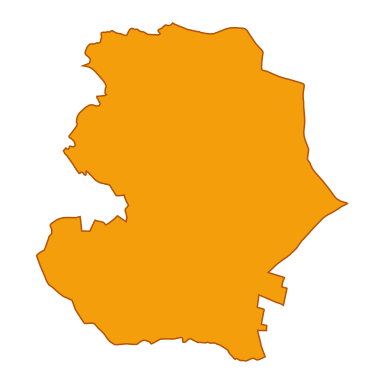 Yen Mo, Ninh Bình, Vietnam
{"feature_id": "81297802B9308814425220", "entity_name": "Yen Mo", "entity_type": "district", "adm_level": 2, "iso_a3": "VNM", "parent_name": "Vietnam", "parent_adm1": "Ninh Bình", "projection": "robinson", "projection_center": [105.992, 20.128], "detail": "fine", "context": "isolated", "style": "filled", "palette": "amber", "viewbox_px": 384, "rotation_deg": 0, "n_neighbors": 0, "source": "geoboundaries", "source_scale": "gbopen_adm2", "svg_char_len": 5802}
<svg xmlns="http://www.w3.org/2000/svg" viewBox="0 0 384 384"><path d="M49.0,284.9L52.3,287.1L58.6,292.8L63.0,296.2L72.0,300.3L75.5,309.8L83.0,321.5L84.6,323.5L87.6,323.4L91.8,323.1L94.4,323.6L95.9,325.4L98.6,328.6L100.9,330.5L104.5,334.4L107.4,338.7L110.0,341.7L114.6,344.6L117.2,344.7L126.4,343.8L129.3,344.1L133.6,344.4L136.6,344.4L137.7,343.8L139.2,342.6L141.9,340.9L143.7,340.2L145.6,340.5L149.8,342.0L150.6,343.4L151.5,343.9L152.7,343.3L160.5,339.1L166.0,338.9L174.2,339.0L179.3,337.7L181.4,337.6L182.0,337.8L182.6,338.6L182.8,341.9L183.8,342.4L185.0,342.2L186.3,341.2L188.4,339.4L190.3,338.6L193.9,340.5L197.6,342.4L201.0,342.4L203.2,342.8L204.8,342.8L205.8,342.8L207.2,342.3L207.8,342.3L208.3,342.4L209.4,342.9L210.5,343.1L214.2,343.0L214.9,343.1L215.4,343.3L216.0,343.5L217.0,344.1L218.5,344.6L219.8,344.9L227.6,350.0L228.1,350.6L228.6,351.9L229.0,352.7L230.4,354.5L232.1,356.2L233.6,358.1L234.7,359.1L235.0,359.2L235.2,359.3L235.5,359.1L235.9,358.7L236.2,358.6L236.4,358.5L236.7,358.6L240.1,360.4L240.3,360.5L241.4,360.5L244.5,360.7L246.0,361.0L246.6,360.9L250.0,359.2L251.9,358.5L252.4,358.4L253.3,358.3L253.9,358.4L254.7,358.9L256.5,359.8L257.6,359.9L258.4,359.7L259.0,359.5L261.7,358.4L265.1,356.7L262.8,350.5L260.9,345.0L260.8,343.7L258.7,335.2L258.3,333.9L257.8,331.6L257.7,330.4L260.0,330.5L266.5,330.6L266.7,325.5L261.4,324.3L261.8,321.7L263.5,312.8L264.2,309.8L264.0,309.5L263.6,309.2L262.7,308.8L260.6,308.2L257.7,307.6L257.3,307.3L258.9,294.9L276.2,302.3L277.5,302.7L280.9,303.9L283.4,305.3L287.0,288.3L281.7,286.8L282.9,281.4L283.2,280.6L283.7,279.7L284.4,277.7L283.7,277.3L277.9,275.5L268.1,272.5L277.3,263.9L283.3,259.4L285.9,257.7L287.0,257.0L289.9,254.6L293.8,251.0L296.8,247.9L299.1,244.5L301.8,240.7L303.1,239.5L314.7,226.7L318.9,222.3L320.7,220.6L322.7,218.4L325.6,216.2L328.4,214.5L331.2,213.1L336.7,209.8L342.1,206.2L344.2,205.3L347.4,203.5L347.1,203.2L346.0,202.7L342.3,201.7L340.0,200.8L338.1,199.7L337.0,199.0L335.7,197.8L334.8,196.8L330.6,191.0L327.2,186.5L322.0,180.1L314.5,171.6L312.7,169.0L311.9,167.6L310.9,165.5L309.6,162.3L308.2,160.6L307.9,160.1L307.7,159.6L307.5,159.1L307.5,158.1L308.3,152.3L308.6,150.0L308.5,148.9L308.4,148.4L307.8,147.1L305.0,139.7L304.6,138.4L304.0,135.2L303.8,133.1L303.8,131.4L304.5,124.9L304.7,121.7L304.6,117.7L303.7,106.7L303.6,101.9L303.2,98.0L303.1,95.8L303.2,92.8L303.8,88.9L304.2,86.1L304.1,84.9L303.9,84.5L303.7,84.2L303.1,83.8L302.1,83.3L300.7,82.8L288.7,79.3L285.6,78.6L283.1,77.9L278.4,76.3L271.8,73.5L267.2,71.4L266.1,71.1L262.8,70.3L262.5,70.2L262.1,69.9L261.8,69.4L261.6,68.9L261.6,66.8L261.6,65.4L261.8,61.6L262.4,56.8L262.9,53.8L263.0,52.9L262.9,52.3L262.5,51.0L262.0,50.3L257.9,46.0L255.7,43.5L250.6,36.0L247.3,30.8L246.3,29.7L245.8,29.3L244.0,28.5L243.1,28.3L235.0,27.7L230.2,27.9L227.9,28.5L226.0,29.0L223.6,29.9L220.1,31.3L214.2,33.5L213.1,33.7L210.6,33.9L209.5,33.9L205.5,33.4L204.2,33.1L201.0,32.6L199.1,31.7L196.7,31.5L191.1,30.2L189.4,29.9L187.2,29.4L182.6,27.4L180.1,26.5L174.9,24.3L172.7,23.0L171.2,24.6L170.5,25.1L169.8,25.4L168.8,25.6L167.9,25.5L166.9,25.3L166.2,25.0L165.6,25.0L165.2,25.2L164.5,25.6L163.1,26.9L162.4,27.6L161.2,28.5L159.9,29.0L158.6,29.7L158.1,30.2L158.1,30.8L158.3,31.4L158.9,32.1L159.5,32.6L159.8,33.0L160.0,33.4L160.0,33.7L159.9,34.1L159.7,34.4L158.9,34.7L157.6,34.9L156.8,34.9L155.2,34.7L153.2,34.7L149.6,34.5L148.2,34.4L147.5,34.2L146.8,33.9L144.9,32.6L143.9,32.1L143.1,31.8L141.2,31.6L140.0,31.2L139.2,30.8L137.6,29.4L137.2,29.2L136.7,29.2L135.4,29.4L134.9,29.4L134.4,29.3L132.5,28.5L131.8,28.4L131.1,28.6L130.6,28.8L130.1,29.1L129.2,30.4L128.5,31.5L127.4,34.0L127.0,34.7L126.1,35.4L125.0,35.4L124.4,35.3L120.5,33.7L118.3,33.5L115.5,32.6L113.6,31.4L113.0,31.2L112.6,30.7L112.1,30.7L111.2,30.9L109.9,31.9L108.9,32.0L107.9,31.8L106.7,31.9L105.9,32.3L105.3,32.4L103.3,32.2L102.2,32.5L101.5,32.8L101.1,33.2L101.3,35.1L101.5,36.4L101.3,38.0L100.9,39.6L100.6,41.2L100.2,42.0L99.6,42.7L98.7,43.0L96.7,42.9L95.9,43.2L95.4,43.5L94.4,43.9L93.5,44.0L92.4,43.9L90.3,44.0L89.6,44.3L87.3,46.9L85.9,50.0L85.1,52.6L85.1,53.4L86.0,54.9L88.5,57.0L90.2,58.9L90.1,61.2L89.8,62.4L89.3,63.2L88.5,63.7L86.7,64.3L82.9,65.8L85.1,66.1L88.2,66.9L89.8,67.4L91.3,68.3L93.4,69.7L95.6,71.9L103.6,81.1L105.0,83.2L106.1,86.0L106.1,87.0L105.4,88.3L105.1,91.2L105.2,93.6L106.6,94.7L105.2,95.4L103.0,95.8L100.7,96.0L96.8,96.4L97.0,97.9L97.9,99.0L98.9,101.5L100.3,103.6L99.9,104.5L99.2,105.6L98.0,105.9L96.4,106.0L95.2,105.7L92.3,104.8L90.0,105.0L88.9,105.4L86.9,106.5L85.3,107.6L80.1,112.4L78.7,114.0L77.4,116.5L77.1,117.8L76.6,120.0L76.5,122.3L77.1,123.5L77.1,124.8L76.6,126.1L71.3,133.3L69.3,135.6L69.0,136.6L69.4,137.5L71.0,138.5L73.8,141.0L74.7,142.7L75.0,144.3L75.1,145.2L75.0,145.9L74.1,146.6L72.9,146.9L70.1,146.1L69.4,146.7L69.1,148.0L68.8,148.6L68.0,149.2L67.1,149.1L65.9,147.9L63.4,150.8L64.8,153.5L66.9,155.7L72.9,164.1L76.4,169.7L78.2,172.2L79.1,173.4L79.3,173.5L79.7,173.4L80.6,172.7L81.4,172.2L81.9,172.1L82.5,172.4L83.0,172.9L83.6,173.9L84.3,174.7L85.0,175.1L85.3,175.2L85.8,175.0L86.1,173.9L86.1,171.4L86.4,171.0L87.3,171.7L91.5,175.9L95.6,180.3L97.2,181.1L99.7,182.7L104.2,183.7L105.3,184.1L107.0,184.3L108.8,184.8L110.3,185.9L111.4,188.1L113.6,191.4L116.1,195.5L118.2,195.8L122.4,195.4L124.2,195.0L124.9,198.0L126.1,200.7L128.5,205.4L126.8,207.4L125.3,209.2L125.2,210.9L126.1,213.6L127.0,218.0L126.4,219.6L126.2,221.7L117.4,215.8L113.7,219.5L107.5,224.1L105.8,224.9L103.4,222.3L101.5,221.9L99.7,221.4L97.6,221.0L95.0,220.2L89.8,231.2L81.7,231.0L80.8,221.5L80.1,216.6L75.8,217.7L68.4,217.5L63.2,217.7L59.2,218.8L56.2,220.2L52.1,223.1L50.7,224.2L50.2,225.6L50.8,227.4L51.7,229.2L51.8,233.0L50.9,234.5L49.1,236.4L48.4,238.9L47.5,241.4L45.0,248.7L44.2,250.1L40.5,252.2L38.8,253.3L37.4,254.7L36.6,255.8L40.3,266.0L44.6,275.9L46.7,281.2L49.0,284.9Z" fill="#f59e0b" stroke="#b45309" stroke-width="1.5"/></svg>